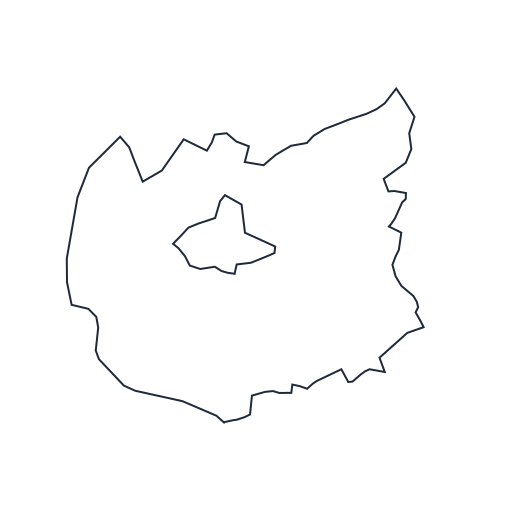 map outline of Daugavpils (Mercator projection), rotated 74°
{"feature_id": "LVA-1081", "entity_name": "Daugavpils", "entity_type": "Municipality", "adm_level": 1, "iso_a3": "LVA", "parent_name": "Latvia", "parent_adm1": "", "projection": "mercator", "projection_center": [26.626, 55.932], "detail": "fine", "context": "isolated", "style": "outline", "palette": "slate", "viewbox_px": 512, "rotation_deg": 74, "n_neighbors": 0, "source": "natural_earth", "source_scale": "10m", "svg_char_len": 1536}
<svg xmlns="http://www.w3.org/2000/svg" viewBox="0 0 512 512"><g transform="rotate(74 256 256)"><path d="M252.1,446.7L229.1,444.9L206.3,438.6L150.4,411.4L125.1,392.2L103.9,353.7L116.6,347.9L129.9,346.8L153.3,344.4L147.9,323.0L123.9,293.3L141.2,274.2L134.6,267.1L127.9,262.3L129.9,250.4L140.6,243.3L148.6,232.6L162.6,240.9L170.8,223.7L164.2,209.2L159.7,192.0L161.4,176.0L156.3,167.6L152.8,154.8L151.6,140.2L150.5,129.7L149.8,110.6L148.1,99.7L144.7,90.1L133.7,75.1L147.6,70.5L165.9,65.3L180.3,74.9L196.0,77.2L207.7,86.4L217.0,112.0L230.4,110.9L231.7,105.0L236.8,94.5L242.5,96.4L244.7,100.7L258.2,112.1L262.6,117.4L264.3,120.1L273.6,109.9L289.5,117.0L294.8,121.9L302.1,127.3L314.0,127.4L324.8,124.5L337.9,115.7L344.3,114.1L349.8,114.2L354.2,118.1L364.1,115.7L370.6,114.5L371.6,131.8L387.8,165.3L403.0,164.2L396.2,178.0L396.9,182.9L398.8,188.1L403.3,197.8L402.6,202.0L388.4,205.2L392.8,231.6L394.3,236.4L397.7,243.5L393.2,249.7L389.6,256.5L397.3,259.8L394.0,271.5L390.5,276.9L389.1,284.8L389.1,298.4L406.7,305.4L407.8,311.7L408.1,319.4L407.5,323.5L407.0,332.0L407.1,332.3L407.3,332.6L398.6,338.1L375.3,366.7L352.2,409.3L344.2,418.7L312.0,435.4L302.7,436.1L281.3,427.4L270.5,426.3L260.6,431.7L252.1,446.7ZM221.4,332.4L227.1,328.4L236.7,324.3L246.9,322.3L253.1,313.2L255.0,298.5L261.0,293.2L264.4,287.7L267.2,281.5L258.8,276.9L261.1,262.7L259.4,246.5L258.2,237.4L252.2,234.9L230.6,260.2L202.6,255.7L188.9,269.1L193.5,275.5L208.2,284.8L208.9,302.1L210.1,313.2L215.7,322.3L221.4,332.4Z" fill="none" stroke="#1e293b" stroke-width="2"/></g></svg>